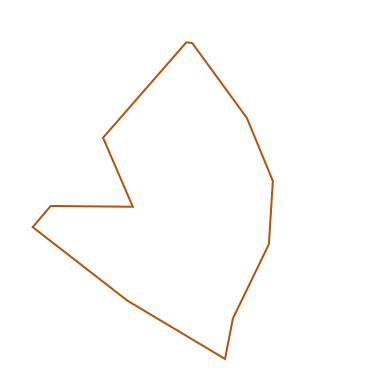 map outline of Ngardmau (Equal Earth projection), rotated 122°
{"feature_id": "PLW-5253", "entity_name": "Ngardmau", "entity_type": "state/province", "adm_level": 1, "iso_a3": "PLW", "parent_name": "Palau", "parent_adm1": "", "projection": "equal_earth", "projection_center": [134.587, 7.599], "detail": "fine", "context": "isolated", "style": "outline", "palette": "amber", "viewbox_px": 384, "rotation_deg": 122, "n_neighbors": 0, "source": "natural_earth", "source_scale": "10m", "svg_char_len": 316}
<svg xmlns="http://www.w3.org/2000/svg" viewBox="0 0 384 384"><g transform="rotate(122 192 192)"><path d="M68.0,276.1L65.6,270.7L100.2,184.6L139.9,129.2L195.6,99.1L277.6,90.3L316.1,75.5L318.4,189.1L306.2,308.5L278.7,304.4L235.9,234.4L193.1,296.2L68.0,276.1Z" fill="none" stroke="#b45309" stroke-width="2"/></g></svg>